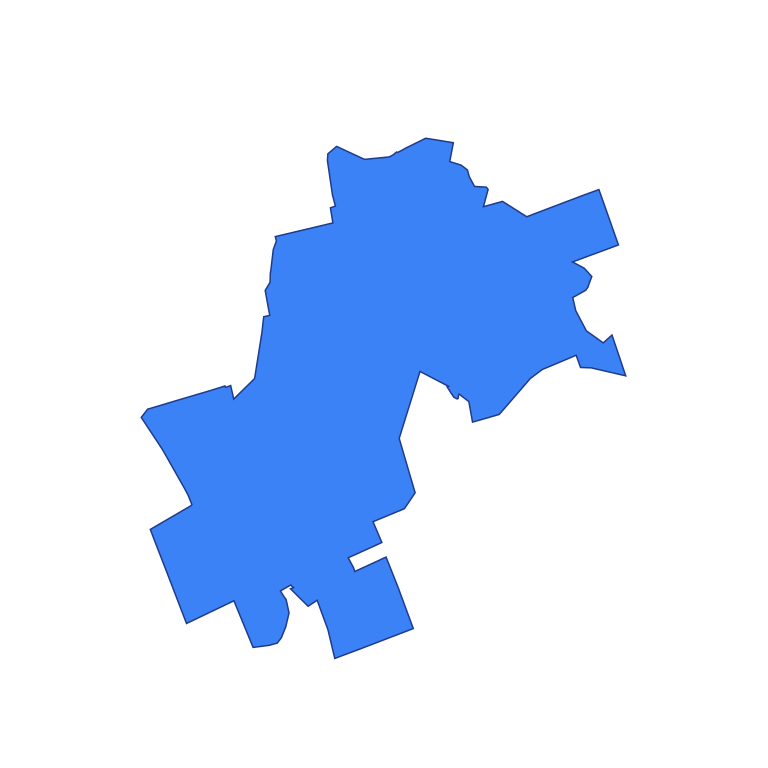 the district of Nacozari de García, Sonora, Mexico, rotated 339°
{"feature_id": "50627088B6815540096020", "entity_name": "Nacozari de García", "entity_type": "district", "adm_level": 2, "iso_a3": "MEX", "parent_name": "Mexico", "parent_adm1": "Sonora", "projection": "orthographic", "projection_center": [-109.467, 30.48], "detail": "fine", "context": "isolated", "style": "filled", "palette": "blue", "viewbox_px": 768, "rotation_deg": 339, "n_neighbors": 0, "source": "geoboundaries", "source_scale": "gbopen_adm2", "svg_char_len": 2007}
<svg xmlns="http://www.w3.org/2000/svg" viewBox="0 0 768 768"><g transform="rotate(339 384 384)"><path d="M488.5,171.6L483.7,172.3L479.7,172.7L478.8,171.9L474.9,173.3L470.3,173.9L446.3,167.3L424.9,145.2L414.1,149.0L411.3,154.9L403.6,189.2L402.4,200.5L397.1,200.3L394.0,215.3L335.3,207.4L334.8,211.9L328.8,218.8L319.1,237.3L317.6,239.8L314.0,248.3L306.6,254.1L301.9,279.0L295.8,278.1L288.6,292.0L266.5,330.2L265.0,332.6L238.3,344.2L240.3,330.5L234.9,330.4L234.8,328.8L232.7,328.7L230.7,328.6L217.1,327.7L187.0,325.3L154.3,322.8L145.4,328.2L153.6,365.4L154.1,368.6L154.9,373.7L158.1,395.2L160.0,407.6L160.6,411.9L161.3,418.0L161.4,427.7L160.4,428.4L113.7,436.0L113.7,458.7L113.8,480.9L113.8,536.8L166.2,532.6L167.4,583.0L183.0,586.8L188.0,587.3L188.3,587.3L188.7,587.4L190.1,587.5L191.4,587.7L192.4,587.1L197.2,584.1L205.2,575.6L213.3,563.7L215.4,550.1L214.5,547.0L213.1,540.1L224.8,538.2L226.5,541.7L223.3,541.7L233.5,564.3L244.1,561.9L243.6,593.4L239.7,622.6L244.4,622.6L270.2,622.8L277.2,622.8L323.7,622.8L324.2,583.2L324.3,580.2L323.9,546.3L293.4,548.3L289.6,548.6L289.7,544.2L288.3,533.4L323.6,531.3L325.2,531.2L324.4,508.6L358.4,507.7L374.1,496.7L375.6,477.9L378.7,440.2L422.1,385.2L443.4,409.3L441.9,409.3L443.0,414.7L443.4,416.9L443.9,418.7L444.4,421.3L444.6,421.5L445.0,421.9L445.4,422.4L446.0,423.0L446.4,423.7L447.0,424.1L447.3,424.2L447.9,424.1L448.3,423.7L448.6,423.4L448.7,423.0L448.8,422.4L449.0,422.0L449.3,421.5L449.8,420.9L450.4,420.3L456.9,430.8L453.0,451.3L480.6,453.7L484.1,451.9L522.6,431.3L536.8,427.2L573.7,426.0L573.4,439.0L583.5,443.3L585.0,444.4L612.6,463.0L614.4,420.0L603.4,424.2L592.0,406.9L589.3,384.4L591.2,370.9L605.9,368.8L609.3,366.5L610.1,365.4L616.5,358.1L612.4,347.6L603.7,337.6L621.0,337.8L652.7,338.2L653.8,299.4L654.3,279.5L639.0,279.2L587.3,279.0L577.2,279.0L560.1,256.0L540.4,254.1L550.9,239.7L550.1,236.9L539.3,232.0L537.9,221.1L538.6,214.1L534.5,207.4L525.1,199.9L535.2,183.6L511.0,169.5L488.5,171.6Z" fill="#3b82f6" stroke="#1e3a8a" stroke-width="1.5"/></g></svg>